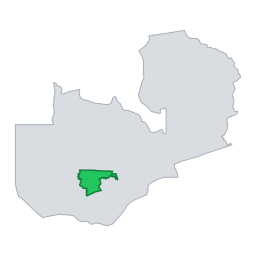 Itezhi-Tezhi, Southern, Zambia (highlighted)
{"feature_id": "96606910B99117639697542", "entity_name": "Itezhi-Tezhi", "entity_type": "district", "adm_level": 2, "iso_a3": "ZMB", "parent_name": "Zambia", "parent_adm1": "Southern", "projection": "mercator", "projection_center": [26.535, -15.924], "detail": "fine", "context": "in_parent", "style": "filled", "palette": "green", "viewbox_px": 256, "rotation_deg": 0, "n_neighbors": 0, "source": "geoboundaries", "source_scale": "gbopen_adm2", "svg_char_len": 7016}
<svg xmlns="http://www.w3.org/2000/svg" viewBox="0 0 256 256"><path d="M177.7,177.3L164.8,177.3L160.1,178.4L156.3,180.0L151.7,182.5L149.1,184.2L148.4,185.2L148.0,187.3L148.0,190.6L147.5,193.0L146.1,195.1L139.2,197.8L134.6,199.9L130.2,202.5L126.8,205.8L124.5,209.9L120.6,214.9L112.6,223.9L107.9,225.6L104.0,225.2L99.3,223.4L95.6,223.0L92.8,224.2L90.3,223.8L87.9,221.9L86.0,221.2L84.4,221.7L82.3,221.6L78.6,220.6L75.4,217.4L73.7,216.0L72.3,215.5L68.5,215.0L59.6,214.3L50.5,215.9L42.4,217.5L34.2,210.3L26.3,202.8L24.6,200.8L21.6,198.3L19.5,197.1L18.7,196.5L16.5,189.7L15.4,183.6L15.4,124.7L51.3,124.7L53.6,124.5L53.7,123.8L52.1,120.7L52.1,119.6L52.6,117.5L54.2,113.3L54.3,111.9L53.5,107.3L53.6,104.7L54.0,99.5L53.8,97.8L54.6,95.4L54.9,93.9L55.2,93.2L54.8,91.5L54.1,85.3L53.7,82.7L55.8,83.1L56.6,84.4L57.0,85.8L57.9,85.9L60.5,86.7L61.4,87.8L62.0,90.3L61.6,91.5L60.8,92.6L61.6,93.5L63.3,94.1L64.3,93.9L67.2,92.2L69.9,91.6L71.2,91.1L77.2,90.0L78.4,89.4L79.2,89.4L79.8,89.9L79.2,91.7L79.1,93.2L79.8,96.1L80.4,97.5L81.6,98.5L82.5,99.0L83.5,100.1L85.6,99.9L90.1,101.4L91.5,102.1L93.4,102.8L94.8,103.0L99.4,103.6L104.4,104.4L107.0,104.5L108.8,104.3L110.1,103.8L110.9,103.4L111.2,102.9L113.1,97.4L114.0,96.9L115.3,96.7L116.0,97.2L116.8,100.7L120.4,103.8L121.6,106.5L122.5,108.8L123.2,109.4L124.6,110.2L126.8,110.5L128.7,110.6L138.4,114.5L139.4,115.2L140.6,117.2L141.3,119.6L142.1,121.5L143.3,121.8L144.4,121.9L145.5,123.2L146.4,124.3L149.2,128.9L149.6,130.8L151.0,132.0L152.9,132.5L154.6,132.6L155.6,132.0L158.1,131.1L160.0,130.0L161.4,129.6L162.3,129.9L162.9,130.6L163.3,132.9L164.7,133.7L165.7,133.4L166.1,132.5L166.1,132.0L166.1,108.0L165.2,108.2L164.1,108.9L161.5,108.9L160.6,109.4L160.2,110.2L160.4,111.2L160.5,112.6L160.1,113.2L159.0,113.4L157.4,112.9L154.4,112.2L152.0,111.8L150.2,110.0L147.9,107.3L146.3,106.0L142.5,103.1L141.9,102.6L140.8,101.2L139.8,99.0L138.9,96.4L138.4,94.8L139.3,92.2L141.5,84.0L142.0,81.4L143.8,78.8L143.9,76.4L143.2,73.4L143.4,71.8L143.6,62.3L143.1,59.4L141.9,56.1L139.2,51.5L139.2,50.5L143.4,47.5L144.6,46.4L146.8,44.0L148.2,41.9L149.2,40.3L149.5,38.1L148.8,36.1L150.2,35.7L184.5,30.4L185.0,31.8L186.1,34.1L187.2,35.8L188.7,37.3L190.0,38.2L190.8,38.5L196.1,38.4L198.0,39.3L199.6,40.5L200.0,42.3L201.1,43.4L202.3,44.3L202.8,44.4L203.7,44.2L205.1,44.2L206.4,44.6L207.0,45.0L207.1,46.5L207.5,47.2L209.3,47.4L211.1,47.5L212.9,48.6L214.8,48.7L217.0,49.2L218.0,50.3L220.3,51.4L223.2,52.4L226.3,54.1L226.4,54.6L226.9,55.6L227.5,56.3L227.5,57.3L227.8,58.3L228.6,58.5L229.3,58.6L229.9,57.9L230.7,57.9L231.7,58.3L232.0,59.4L232.7,60.9L233.9,62.0L234.7,63.0L234.4,64.7L233.9,66.4L235.5,68.0L237.5,69.6L238.1,70.2L238.3,72.5L238.6,73.3L240.0,75.2L240.6,76.5L240.6,77.2L236.8,81.0L234.5,81.6L233.5,82.4L232.9,83.2L234.4,86.9L235.2,88.4L234.5,90.2L233.1,93.2L232.4,93.5L232.2,95.8L232.7,96.6L233.4,97.3L233.7,98.8L233.7,102.7L232.7,107.2L234.4,111.0L235.0,111.4L237.4,111.5L237.8,111.8L237.2,112.9L235.6,114.6L232.6,115.9L228.3,117.4L227.4,118.8L226.8,120.8L227.3,122.0L227.9,122.7L227.7,124.5L227.3,126.4L227.5,127.8L227.3,129.1L226.7,129.8L225.9,131.8L225.0,133.7L224.3,134.7L223.2,135.6L221.5,136.4L221.6,136.8L223.5,137.7L224.0,138.3L224.2,138.8L223.4,139.8L224.2,140.4L225.3,140.9L226.3,142.2L227.5,144.7L227.7,145.0L228.1,145.0L228.7,144.7L229.9,143.7L230.7,143.4L231.8,144.8L213.9,150.9L209.7,152.2L203.4,154.4L201.3,155.2L199.7,156.0L183.0,160.8L180.4,161.8L174.5,164.2L174.3,164.7L174.4,165.8L174.9,168.1L175.9,170.2L176.8,171.4L177.4,174.6L177.7,177.3Z" fill="#d9dde1" stroke="#a8b0b8" stroke-width="1"/><path d="M117.5,178.9L115.9,173.8L111.8,173.7L112.4,171.3L111.1,171.3L108.8,171.1L107.2,171.1L100.4,170.9L99.6,170.9L93.0,170.2L88.1,170.2L83.3,170.2L79.7,170.1L79.8,170.5L79.9,170.8L80.1,171.1L80.2,171.3L80.0,171.6L79.8,171.7L79.6,171.9L79.6,172.0L79.7,172.5L79.7,172.8L79.6,173.1L79.5,173.4L79.2,173.8L78.8,173.8L78.8,173.7L78.7,173.7L78.4,173.8L78.2,174.0L78.3,174.3L78.6,174.5L79.1,174.8L79.0,175.0L78.9,175.1L78.6,175.4L78.4,175.6L78.2,175.8L77.8,176.2L77.8,176.3L78.0,176.4L78.0,176.6L78.4,176.7L78.7,176.8L78.8,177.0L79.1,177.5L79.0,177.9L78.3,178.4L78.6,178.6L78.8,178.9L79.2,179.5L79.3,179.6L79.6,179.6L79.8,179.5L80.2,179.2L80.5,178.7L80.8,178.7L81.3,179.2L81.3,179.3L81.3,179.5L81.4,179.8L81.3,180.0L81.2,180.1L81.1,180.3L81.0,180.6L81.0,180.8L81.0,181.0L81.1,181.4L81.0,181.7L80.9,181.9L80.7,182.1L80.5,182.5L80.3,182.9L80.3,183.1L80.4,183.5L80.1,183.9L80.0,184.2L79.7,184.8L79.7,185.0L79.9,185.5L80.0,185.6L80.3,185.7L80.6,186.0L81.1,186.1L81.3,186.1L81.6,186.2L82.0,186.5L82.2,186.8L82.3,187.1L82.6,187.5L82.8,188.0L83.1,188.3L83.6,188.2L83.8,188.1L84.0,188.1L84.4,188.4L84.9,188.3L85.1,188.2L85.3,188.1L85.9,188.2L86.0,188.2L86.5,188.1L86.8,188.4L86.8,188.6L86.6,188.8L86.6,189.0L86.8,189.1L86.8,189.6L86.7,189.9L86.5,190.1L86.4,190.2L86.4,190.4L86.4,190.5L86.5,190.7L86.7,190.8L86.5,191.0L86.8,191.4L86.8,191.5L87.0,191.6L86.9,191.8L86.6,191.9L86.6,192.1L86.5,192.3L86.4,192.5L86.5,192.8L86.6,193.0L86.4,193.5L86.3,194.0L86.4,194.4L86.5,194.4L86.6,194.6L86.9,194.8L86.7,195.1L86.7,195.3L86.7,195.5L86.8,195.8L95.8,191.7L101.1,190.5L100.7,189.8L98.6,186.5L99.0,186.0L100.1,184.5L100.3,184.4L100.5,184.3L100.6,184.1L100.7,183.8L100.7,183.5L100.6,183.4L100.5,182.7L100.5,182.1L100.4,181.5L100.2,181.3L100.2,181.1L100.1,180.9L100.0,180.6L99.7,180.1L99.6,179.9L99.4,179.6L99.2,179.3L99.1,179.2L99.3,179.0L99.4,178.9L99.8,179.0L100.0,179.0L100.3,179.1L100.5,179.0L100.5,178.9L100.4,178.9L100.5,178.8L101.0,178.5L100.9,178.4L101.0,178.3L101.1,178.2L101.4,178.1L101.5,177.9L101.9,177.8L102.2,177.9L102.3,177.9L102.5,177.8L102.7,177.6L103.1,177.6L103.4,177.5L103.6,177.3L103.8,177.3L104.0,177.6L104.0,177.8L103.9,178.2L104.0,178.5L104.3,178.4L104.6,178.3L104.8,178.0L104.9,177.9L105.0,177.9L105.2,178.0L105.2,178.3L105.4,178.4L105.5,178.5L105.6,178.4L105.8,178.3L105.9,178.2L105.8,177.9L106.1,178.0L106.3,178.2L106.3,177.7L106.5,177.7L106.5,177.9L106.5,178.0L106.8,178.1L107.0,178.0L107.3,177.8L107.5,177.8L107.9,177.7L108.1,177.7L108.3,177.8L108.5,177.7L108.8,177.7L108.9,177.2L108.7,177.0L108.7,176.9L108.5,176.7L108.8,176.8L108.9,176.7L109.0,176.6L109.1,176.8L109.3,176.7L109.2,176.6L109.2,176.3L109.3,176.2L109.6,176.2L109.8,176.0L110.0,175.9L110.2,176.0L110.3,176.0L110.4,175.9L110.5,175.8L110.8,175.9L110.9,176.0L111.0,176.0L111.1,175.9L111.1,175.7L111.1,175.8L111.4,175.9L111.5,175.8L111.5,176.0L111.7,176.3L111.7,176.5L111.9,176.8L112.1,176.8L112.1,176.7L112.2,176.4L112.3,176.4L112.5,176.4L112.7,176.5L112.8,176.5L113.0,176.5L113.3,176.2L113.6,176.4L113.8,176.4L113.8,176.5L114.0,176.7L114.1,176.8L114.3,177.0L114.4,176.9L114.4,177.0L114.5,177.0L114.7,176.9L114.8,176.9L114.9,176.7L115.0,176.9L115.1,177.0L115.3,177.3L115.4,177.5L115.3,177.9L115.4,178.0L115.5,178.0L115.8,178.2L115.8,178.3L115.8,178.5L115.9,178.4L116.0,178.4L116.0,178.5L115.9,178.5L116.1,178.6L116.0,178.9L116.1,179.0L116.3,179.2L116.5,179.0L116.8,179.0L116.8,178.9L116.9,179.0L117.0,179.0L117.1,178.9L117.2,179.0L117.3,179.1L117.3,178.9L117.5,178.9Z" fill="#22c55e" stroke="#15803d" stroke-width="1.5"/></svg>